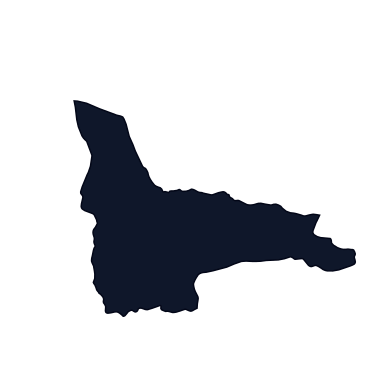 Génova, Quezaltenango, Guatemala (orthographic projection), rotated 67°
{"feature_id": "79465075B90055848837962", "entity_name": "Génova", "entity_type": "district", "adm_level": 2, "iso_a3": "GTM", "parent_name": "Guatemala", "parent_adm1": "Quezaltenango", "projection": "orthographic", "projection_center": [-91.832, 14.588], "detail": "fine", "context": "isolated", "style": "filled", "palette": "ink", "viewbox_px": 384, "rotation_deg": 67, "n_neighbors": 0, "source": "geoboundaries", "source_scale": "gbopen_adm2", "svg_char_len": 5193}
<svg xmlns="http://www.w3.org/2000/svg" viewBox="0 0 384 384"><g transform="rotate(67 192 192)"><path d="M62.1,264.9L68.3,266.2L80.5,269.8L87.6,271.1L97.4,271.3L100.0,270.8L102.2,270.0L103.4,269.4L104.4,269.1L118.2,269.7L119.2,269.8L119.9,270.1L128.6,275.4L133.4,279.7L135.2,281.8L144.4,291.1L147.5,293.7L148.5,294.5L150.0,294.9L151.5,294.5L152.8,294.2L154.3,294.5L159.6,298.3L161.9,299.6L163.4,299.9L164.8,299.6L167.2,298.0L172.9,292.0L174.2,291.1L175.2,290.9L180.3,290.7L182.1,291.1L183.7,291.2L184.5,291.9L185.2,292.8L186.5,294.4L187.3,295.7L187.6,296.3L188.1,297.1L189.0,298.0L190.1,298.7L190.8,299.0L192.1,299.4L192.8,299.5L193.8,299.6L194.8,299.7L195.7,299.8L196.4,300.0L197.2,300.3L198.3,301.0L198.9,301.4L199.7,301.8L200.6,302.0L201.3,302.1L202.1,302.1L203.2,302.1L204.2,302.3L205.0,303.4L205.5,304.1L206.1,304.6L206.8,305.2L207.3,305.6L211.7,308.6L212.5,309.2L213.7,310.1L214.2,310.4L214.8,310.7L215.5,311.1L216.6,311.5L218.3,311.6L221.7,311.5L223.7,312.0L226.3,312.6L229.6,313.5L233.6,315.3L234.7,316.3L236.6,318.1L238.0,318.1L239.4,317.7L240.2,317.7L240.9,317.7L241.8,317.7L242.5,317.7L243.3,317.8L244.1,317.9L245.2,317.9L246.4,317.6L247.6,317.2L248.6,317.2L249.7,316.6L250.8,315.8L251.5,315.8L252.5,315.4L253.1,315.2L254.2,315.0L254.9,315.0L255.6,315.1L256.2,315.2L257.2,315.8L258.2,316.4L259.5,316.7L260.6,316.4L262.0,316.2L262.9,316.2L263.6,316.2L264.2,316.4L265.1,316.9L266.0,317.3L266.9,317.8L267.8,318.2L269.0,318.3L269.7,318.0L270.3,317.4L270.6,316.9L270.9,316.0L271.3,314.6L271.6,313.3L271.9,311.7L272.1,310.4L272.3,309.7L272.7,308.5L273.1,307.9L273.5,307.3L274.3,306.6L275.3,305.9L277.0,305.0L278.2,304.4L279.5,303.9L279.7,303.2L279.6,302.0L279.1,301.0L278.2,299.2L277.7,298.3L277.2,297.4L277.0,294.8L277.2,293.8L277.7,293.1L278.3,292.7L278.9,292.3L279.5,291.8L280.2,291.2L280.4,290.3L280.4,289.6L280.1,288.8L279.7,288.2L279.1,287.7L278.5,286.9L278.4,286.2L278.5,285.3L278.9,284.4L279.4,283.6L280.6,282.3L281.1,281.7L281.7,281.1L282.3,280.2L282.8,279.2L283.0,278.5L283.0,277.9L283.2,276.1L283.4,274.2L283.8,268.1L283.9,265.8L284.8,265.2L285.5,265.3L286.3,265.8L287.2,266.2L288.5,266.0L289.5,265.1L290.4,264.2L291.1,263.5L291.7,262.8L291.9,261.8L292.4,260.7L293.2,259.6L294.1,258.5L294.7,257.7L295.2,257.1L295.5,256.5L295.8,255.7L296.2,254.2L296.4,253.3L296.5,252.4L296.6,251.1L296.8,249.7L297.0,246.3L297.1,245.6L297.1,244.9L297.2,244.3L297.5,243.6L298.6,242.5L299.6,241.6L300.4,240.7L300.9,240.2L301.2,239.6L301.4,238.8L301.4,237.7L301.2,236.4L301.0,234.0L301.0,232.8L296.9,230.7L293.6,228.6L292.1,227.8L290.5,227.5L284.8,227.9L282.4,227.8L280.0,227.4L278.0,226.9L276.9,226.4L276.0,225.6L274.1,223.6L272.4,221.4L270.6,218.7L270.1,216.9L270.1,215.0L270.4,213.3L271.4,210.1L272.7,203.4L274.7,189.3L274.7,181.2L275.2,173.6L276.7,169.2L278.7,165.1L279.6,163.2L281.1,159.6L282.5,155.9L284.0,150.4L288.2,139.1L289.5,133.0L290.0,127.2L290.3,126.3L291.3,125.4L292.4,124.6L293.6,124.0L294.2,123.4L296.1,117.1L296.6,116.3L297.2,115.7L305.1,113.4L306.5,112.4L307.2,111.5L307.4,110.5L307.5,109.3L307.6,107.7L308.0,106.5L309.1,105.4L310.3,104.4L312.8,102.7L314.6,101.6L316.3,99.9L317.5,98.2L318.5,95.8L319.6,93.3L321.0,87.3L321.9,75.0L321.9,72.4L321.7,70.6L321.1,69.7L320.2,69.0L318.1,68.5L316.1,68.3L315.0,67.9L314.1,67.1L313.7,66.5L312.7,65.9L310.9,65.7L309.7,65.8L308.5,65.9L307.7,66.8L307.1,68.1L306.3,69.4L305.5,70.8L305.0,72.5L304.1,74.8L303.1,76.5L301.6,78.3L299.8,80.1L298.1,81.2L296.4,82.5L294.7,83.1L294.0,83.4L293.0,83.4L291.3,82.8L289.8,82.6L288.8,83.0L284.3,91.4L282.0,94.2L278.8,96.5L276.7,96.7L275.0,95.9L268.6,89.8L267.3,88.2L263.2,83.6L261.4,86.4L259.8,89.2L259.4,90.9L258.9,93.4L258.5,96.4L258.2,97.6L257.4,99.0L256.2,100.2L253.5,103.5L252.2,105.2L251.2,106.7L250.3,108.3L249.6,109.6L246.5,112.9L242.2,115.2L241.1,115.5L239.8,115.9L237.7,117.6L236.1,119.4L235.7,120.4L235.3,121.4L235.1,123.1L235.0,124.3L231.9,129.2L229.3,133.0L228.4,135.4L228.2,136.8L227.9,139.6L227.6,141.0L227.1,142.7L226.6,143.9L226.0,145.0L225.4,146.0L224.5,146.9L220.6,150.2L218.9,151.6L218.2,152.2L217.7,153.0L217.4,154.0L217.0,155.2L216.7,155.9L215.9,156.7L215.0,157.1L214.0,157.3L211.8,159.0L210.8,159.3L210.1,159.2L209.1,159.1L208.4,159.7L208.1,160.3L207.6,160.7L206.7,161.0L205.7,161.4L204.8,162.1L204.2,162.8L203.8,163.8L203.5,165.1L203.0,167.9L202.8,171.4L202.6,174.3L202.4,175.0L201.9,175.9L200.3,178.1L198.7,180.4L197.3,182.3L196.4,183.2L195.5,184.9L194.8,186.0L194.2,186.5L193.7,187.0L193.1,187.4L191.7,188.5L191.0,189.1L190.5,189.6L189.8,190.4L189.2,191.4L189.2,192.2L189.3,193.2L189.4,194.0L189.2,195.8L189.1,196.6L188.9,197.4L188.4,198.7L188.2,199.3L187.7,200.5L187.1,201.2L186.1,201.8L185.2,202.2L184.7,202.8L184.7,203.8L184.7,204.9L184.6,205.6L184.3,206.6L184.1,207.4L183.8,208.7L182.9,210.8L182.6,212.0L183.1,212.9L183.3,213.8L182.5,214.8L181.1,216.7L180.8,218.3L180.3,218.7L179.1,218.7L177.4,218.8L175.7,219.6L174.5,221.0L172.9,222.6L171.2,223.8L169.5,224.3L166.9,225.0L163.9,225.5L161.0,225.7L159.0,225.5L157.0,225.1L154.4,225.2L152.2,225.6L150.8,226.8L149.2,227.5L132.2,228.2L125.3,227.9L116.3,228.1L103.9,226.2L98.3,226.1L95.9,226.5L94.3,228.0L91.8,231.4L79.4,244.5L76.2,247.6L69.2,254.3L63.7,261.8L62.1,264.9Z" fill="#0f172a" stroke="#020617" stroke-width="1.5"/></g></svg>